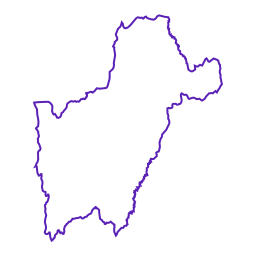 outline of Chanae, Narathiwat, Thailand
{"feature_id": "78962969B14228474631985", "entity_name": "Chanae", "entity_type": "district", "adm_level": 2, "iso_a3": "THA", "parent_name": "Thailand", "parent_adm1": "Narathiwat", "projection": "equal_earth", "projection_center": [101.649, 6.04], "detail": "fine", "context": "isolated", "style": "outline", "palette": "violet", "viewbox_px": 256, "rotation_deg": 0, "n_neighbors": 0, "source": "geoboundaries", "source_scale": "gbopen_adm2", "svg_char_len": 5766}
<svg xmlns="http://www.w3.org/2000/svg" viewBox="0 0 256 256"><path d="M51.7,240.6L52.9,239.7L53.5,238.4L54.0,238.4L54.7,237.4L55.0,235.2L57.0,233.3L57.5,232.4L57.6,230.8L57.9,230.4L58.8,230.2L60.3,233.0L60.7,232.6L61.6,232.4L62.6,233.8L63.5,233.9L64.3,231.8L64.1,228.8L65.0,226.0L66.0,225.2L66.7,223.9L67.4,223.7L68.9,221.8L70.7,221.5L71.4,220.1L72.1,219.7L72.5,218.7L73.9,218.8L76.2,218.1L78.0,218.0L80.5,217.0L82.1,218.4L83.3,218.4L85.0,217.0L86.7,216.7L87.2,215.8L88.9,214.4L90.7,213.7L91.3,212.9L92.4,210.0L95.5,207.0L95.9,207.1L96.1,208.3L97.4,208.3L98.9,209.8L99.2,210.5L99.2,212.9L100.1,218.9L101.9,220.1L102.9,221.7L104.4,222.4L104.7,223.9L105.4,224.0L105.8,223.8L106.7,222.7L108.1,222.9L109.9,222.3L110.7,221.6L112.6,223.4L114.3,224.5L114.6,225.0L114.2,225.5L114.6,227.4L114.1,228.5L114.3,231.9L115.9,235.6L116.7,234.6L117.5,232.2L121.4,227.9L123.2,227.9L124.3,226.1L125.3,225.7L126.3,225.8L127.0,224.6L127.5,224.2L127.2,223.8L127.1,222.1L126.5,220.1L127.1,220.0L127.0,219.5L127.9,217.7L128.5,217.6L128.5,216.2L128.9,215.8L128.6,214.4L129.0,213.3L129.6,212.5L130.2,212.1L130.1,213.2L131.7,213.6L131.6,212.0L131.9,211.5L132.6,211.3L132.4,211.8L132.6,212.0L133.2,211.1L133.8,211.3L133.6,210.0L133.9,208.9L133.6,207.4L134.5,207.0L134.5,205.7L133.7,205.4L133.6,205.1L134.0,204.8L134.7,203.7L134.2,203.3L135.1,201.8L133.9,200.4L133.1,198.6L133.9,198.4L134.2,196.6L134.8,196.7L135.0,195.0L134.8,194.3L135.3,194.4L135.4,194.1L135.0,193.1L135.2,192.0L134.2,192.0L134.4,190.8L136.0,190.4L136.1,189.7L137.3,190.5L137.4,189.6L138.0,189.1L138.2,188.5L138.1,188.2L137.7,188.3L137.1,187.2L138.3,187.2L138.7,187.7L139.1,187.4L139.6,186.3L139.7,185.1L140.4,185.3L140.1,184.7L140.2,183.9L139.5,183.8L139.6,182.5L139.9,182.4L140.2,182.8L140.4,182.4L140.8,182.7L141.5,182.5L141.7,181.2L142.3,180.7L142.5,181.2L143.2,179.9L143.7,179.6L143.5,178.7L144.3,178.2L143.8,177.0L144.7,176.1L144.9,175.0L145.2,175.0L145.6,176.0L146.8,175.3L147.4,175.2L147.1,173.9L146.5,173.4L146.5,171.8L146.9,170.1L146.7,169.3L146.8,168.0L147.8,167.4L148.2,166.3L147.9,163.9L149.0,164.0L149.1,162.9L150.1,163.0L150.2,162.6L149.9,162.1L149.9,161.3L151.0,161.6L150.5,159.9L150.9,158.8L152.7,159.1L153.7,158.9L156.7,156.2L156.8,155.1L156.2,152.9L157.1,152.0L158.7,151.5L159.2,150.0L159.9,146.9L159.5,142.7L160.5,139.1L161.8,137.0L162.2,134.4L166.2,129.9L169.2,123.7L169.4,122.2L168.9,119.8L168.2,118.8L168.3,115.9L168.0,114.5L167.5,113.5L167.4,108.4L168.4,107.9L170.3,108.3L172.1,107.7L172.5,106.6L172.3,105.2L172.7,104.1L173.7,103.8L175.9,103.9L176.7,104.6L177.7,104.7L178.8,104.1L179.8,104.0L180.6,103.4L181.3,102.2L181.6,101.0L181.6,99.4L180.8,95.6L181.0,94.3L181.6,93.4L182.6,93.7L183.2,94.5L184.2,94.9L186.0,94.7L186.9,95.3L188.4,98.3L189.1,99.0L192.3,97.8L193.6,97.7L194.7,98.0L196.6,99.1L199.6,98.8L201.6,100.4L202.5,100.4L204.8,98.7L206.1,96.5L209.1,93.3L211.9,93.1L212.8,93.3L215.5,91.0L216.9,92.4L217.9,90.4L219.9,87.6L220.5,85.9L221.9,84.3L220.4,77.0L220.6,75.0L219.8,72.8L219.8,70.8L220.4,68.7L220.0,66.3L220.1,65.0L219.1,63.8L218.3,60.8L217.3,59.9L213.7,58.5L209.3,61.8L208.4,61.5L207.2,59.3L206.5,58.4L205.6,58.9L202.1,65.6L200.0,64.8L197.8,66.5L196.6,66.5L194.8,65.7L195.2,69.5L192.5,71.3L191.4,71.4L190.6,71.1L188.7,69.9L188.2,68.9L187.3,63.7L186.5,63.3L186.6,62.1L185.9,60.0L185.9,58.8L185.1,58.5L185.0,57.2L184.2,56.8L183.7,55.8L182.9,56.0L182.4,54.8L181.6,54.2L180.8,54.2L180.1,53.5L180.2,51.2L178.6,50.0L178.2,48.8L178.3,47.2L179.0,46.6L178.9,45.9L178.4,45.2L177.7,45.8L177.3,44.6L176.5,43.9L176.4,43.2L175.8,43.0L175.7,42.5L176.2,40.4L175.4,38.9L174.3,38.6L174.5,37.3L173.2,36.8L172.2,37.5L172.0,37.2L172.0,36.0L170.8,35.7L170.9,34.5L169.9,34.6L169.3,33.7L169.2,32.9L169.6,32.2L168.8,30.3L169.2,28.8L168.7,28.5L168.2,28.7L167.9,28.2L168.3,27.2L167.9,26.5L168.4,25.7L168.2,22.7L169.1,21.8L168.5,21.0L169.1,20.6L169.3,19.4L168.5,18.0L168.4,17.3L164.7,16.8L159.2,15.4L157.3,16.2L155.8,18.4L153.7,19.7L150.6,19.2L147.7,18.2L146.8,17.7L146.1,16.6L144.7,17.0L143.4,18.6L143.0,18.6L141.7,17.6L140.4,17.9L137.8,17.3L136.1,18.3L130.3,25.3L127.6,27.6L125.4,28.3L124.1,27.8L123.2,26.0L122.8,23.8L121.8,22.4L120.8,25.7L120.1,26.9L118.0,28.8L115.8,34.4L116.6,36.7L117.2,37.6L117.2,39.7L114.7,42.0L114.6,43.6L113.2,46.1L113.1,46.6L114.3,47.3L114.2,49.2L114.8,52.5L115.1,55.4L113.8,62.8L114.0,65.3L113.4,68.0L112.3,69.5L109.7,71.8L109.6,78.6L107.8,85.4L106.9,87.5L105.3,88.1L99.8,88.7L96.8,88.3L94.2,91.5L93.2,91.9L92.7,92.6L91.5,91.9L90.7,91.8L87.9,92.9L86.2,93.0L86.2,93.8L87.0,94.7L86.9,96.3L86.5,97.2L85.9,97.3L85.4,98.7L84.7,99.2L83.3,98.6L82.7,99.0L81.2,99.1L78.9,101.7L77.5,101.4L76.3,101.8L75.2,101.1L73.1,101.6L71.4,101.1L69.7,101.8L67.8,103.2L67.1,104.2L66.6,107.3L65.5,109.0L64.0,110.6L63.2,112.0L61.4,113.2L61.3,114.6L60.8,116.0L60.0,117.1L58.4,117.9L56.9,117.5L56.7,116.7L55.0,114.0L53.7,114.5L53.0,113.6L52.1,111.3L52.4,106.3L51.6,104.5L49.7,102.5L48.5,101.9L46.6,101.8L37.6,102.2L34.1,102.6L35.0,105.5L36.9,109.0L37.0,109.6L37.3,114.7L38.2,119.4L38.5,122.4L38.1,126.3L36.3,127.8L36.0,128.4L36.2,129.0L36.9,129.4L37.6,130.9L38.2,131.6L38.3,133.4L38.9,135.8L38.8,136.6L37.8,138.9L38.1,141.6L38.0,142.6L39.1,144.0L40.6,148.5L39.9,150.2L38.5,151.2L38.0,152.5L38.2,159.4L37.4,162.3L36.5,163.5L35.8,165.7L35.3,166.5L36.4,166.1L36.7,166.4L37.4,172.6L38.7,175.6L39.6,175.5L41.1,174.0L41.6,174.2L41.6,176.6L41.2,178.6L42.5,181.8L42.4,184.2L41.9,186.4L42.7,190.7L43.7,191.5L45.4,191.9L45.6,192.6L45.5,194.6L46.0,196.0L47.1,195.7L48.1,194.5L48.5,194.7L48.6,195.1L48.8,197.0L48.1,199.9L47.2,202.1L46.3,202.5L45.9,203.9L44.9,205.1L45.3,208.3L45.6,209.1L45.2,210.3L45.2,211.9L46.2,215.5L45.3,219.0L44.9,222.2L45.9,226.2L46.0,228.4L44.8,232.0L44.8,232.6L45.5,233.7L46.8,234.1L48.4,233.5L49.2,232.4L49.7,232.5L50.3,236.9L50.7,238.5L51.7,240.6Z" fill="none" stroke="#5b21b6" stroke-width="2"/></svg>